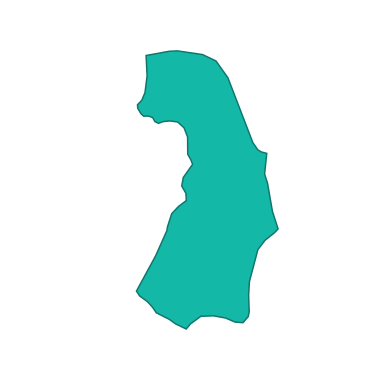 the border of Loroum, rotated 41°
{"feature_id": "BFA-2822", "entity_name": "Loroum", "entity_type": "Province", "adm_level": 1, "iso_a3": "BFA", "parent_name": "Burkina Faso", "parent_adm1": "", "projection": "robinson", "projection_center": [-2.181, 13.899], "detail": "fine", "context": "isolated", "style": "filled", "palette": "teal", "viewbox_px": 384, "rotation_deg": 41, "n_neighbors": 0, "source": "natural_earth", "source_scale": "10m", "svg_char_len": 938}
<svg xmlns="http://www.w3.org/2000/svg" viewBox="0 0 384 384"><g transform="rotate(41 192 192)"><path d="M214.0,117.0L218.0,116.3L223.1,113.8L235.0,130.8L243.2,135.8L265.5,153.9L281.2,163.4L281.0,168.5L278.8,180.4L279.5,192.2L294.1,221.9L302.5,232.8L311.9,242.9L313.5,244.5L316.2,249.1L316.2,257.2L309.9,261.9L300.0,265.1L289.4,271.4L280.2,280.0L277.4,292.5L277.5,299.2L266.3,302.3L258.0,303.1L244.3,306.6L238.0,304.9L230.3,304.0L220.7,304.8L215.1,303.3L206.4,263.9L198.4,237.7L196.4,234.5L190.9,221.6L191.3,211.7L193.3,202.2L188.3,197.0L180.3,194.2L175.9,186.8L174.3,170.7L170.1,168.5L164.0,166.3L152.6,153.4L143.9,148.8L135.2,148.6L128.8,152.8L124.2,157.6L121.6,162.2L117.9,163.2L113.3,161.6L109.1,163.4L105.8,166.5L102.0,166.4L96.1,164.4L93.6,161.9L93.9,155.6L91.3,147.8L81.9,133.8L67.8,119.1L82.6,100.6L88.5,95.0L109.9,81.3L124.2,77.4L144.1,82.2L205.5,114.8L214.0,117.0Z" fill="#14b8a6" stroke="#0f766e" stroke-width="1.5"/></g></svg>